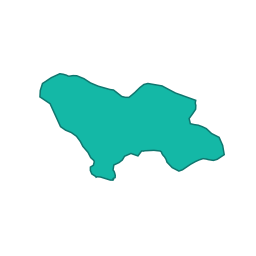 SVG path tracing the border of Tokat, rotated 211°
{"feature_id": "TUR-2297", "entity_name": "Tokat", "entity_type": "Province", "adm_level": 1, "iso_a3": "TUR", "parent_name": "Turkey", "parent_adm1": "", "projection": "orthographic", "projection_center": [36.489, 40.417], "detail": "fine", "context": "isolated", "style": "filled", "palette": "teal", "viewbox_px": 256, "rotation_deg": 211, "n_neighbors": 0, "source": "natural_earth", "source_scale": "10m", "svg_char_len": 1293}
<svg xmlns="http://www.w3.org/2000/svg" viewBox="0 0 256 256"><g transform="rotate(211 128 128)"><path d="M140.1,75.1L138.5,78.2L139.5,81.7L140.7,82.6L144.7,83.4L149.7,86.5L157.2,89.0L161.9,91.9L167.9,94.4L174.3,94.9L180.4,94.0L186.5,94.4L207.3,108.7L219.5,109.3L222.5,115.0L224.2,122.1L219.7,131.6L214.4,139.4L211.2,140.7L207.8,141.6L206.5,141.6L205.2,142.0L202.1,144.6L198.8,146.4L191.2,147.6L183.5,147.3L175.1,148.5L163.3,151.7L160.0,153.1L149.6,151.8L146.1,152.9L142.9,154.8L140.5,161.7L138.6,168.9L136.8,173.5L133.9,176.4L120.5,181.6L105.4,182.4L84.2,186.6L83.2,184.0L81.5,182.3L79.7,178.9L79.9,174.3L80.5,167.6L76.8,163.8L73.0,165.0L69.2,166.6L64.9,167.4L60.6,167.8L53.5,166.3L45.1,166.9L37.9,161.8L31.8,154.7L35.4,147.1L38.1,144.2L43.1,142.2L44.7,141.8L47.9,140.4L50.6,137.3L53.0,133.8L55.7,129.1L59.8,120.2L62.2,117.3L69.7,116.8L77.0,118.8L79.2,120.7L81.8,122.1L83.7,122.6L85.6,123.5L87.1,124.7L88.7,124.8L94.3,122.2L101.8,117.2L103.1,116.0L103.8,115.7L104.5,115.3L105.1,109.2L112.4,107.7L116.4,102.0L116.4,97.6L117.9,93.7L121.1,89.0L119.2,84.3L117.7,83.7L116.3,82.6L114.5,80.8L113.5,78.8L114.6,77.2L114.6,76.4L114.0,76.4L114.0,75.6L116.5,74.2L126.4,71.8L129.4,70.3L130.0,69.4L130.6,69.8L135.4,70.0L138.4,72.2L140.1,75.1Z" fill="#14b8a6" stroke="#0f766e" stroke-width="1.5"/></g></svg>